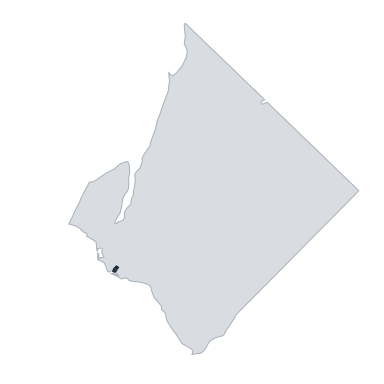 location of Riyad, Kafr ash Shaykh, Egypt, rotated 224°
{"feature_id": "37247803B2291437615199", "entity_name": "Riyad", "entity_type": "district", "adm_level": 2, "iso_a3": "EGY", "parent_name": "Egypt", "parent_adm1": "Kafr ash Shaykh", "projection": "natural_earth1", "projection_center": [30.914, 31.32], "detail": "fine", "context": "in_parent", "style": "filled", "palette": "slate", "viewbox_px": 384, "rotation_deg": 224, "n_neighbors": 0, "source": "geoboundaries", "source_scale": "gbopen_adm2", "svg_char_len": 4279}
<svg xmlns="http://www.w3.org/2000/svg" viewBox="0 0 384 384"><g transform="rotate(224 192 192)"><path d="M314.1,308.7L307.4,308.7L300.8,308.7L294.1,308.7L287.5,308.7L280.8,308.7L274.2,308.8L267.5,308.8L260.8,308.8L254.2,308.8L247.5,308.8L240.9,308.8L234.2,308.8L227.6,308.8L220.9,308.8L214.3,308.8L207.6,308.8L203.8,308.8L204.4,306.6L204.8,305.1L204.4,304.0L203.1,303.8L202.3,304.1L200.3,308.6L199.2,308.8L196.9,308.8L189.1,308.8L181.4,308.8L173.6,308.8L165.9,308.8L158.1,308.8L150.4,308.8L142.6,308.8L134.9,308.8L127.1,308.8L119.4,308.8L111.6,308.8L103.9,308.8L96.1,308.8L88.4,308.8L80.6,308.8L72.9,308.8L72.9,303.3L73.0,297.9L73.0,292.5L73.1,287.1L73.2,281.6L73.2,276.2L73.3,270.8L73.3,265.4L73.4,259.9L73.5,254.5L73.5,249.1L73.6,243.6L73.7,238.2L73.7,232.8L73.8,227.4L73.9,221.9L73.9,216.5L74.0,211.1L74.1,205.6L74.1,200.2L74.2,194.8L74.3,189.4L74.4,183.9L74.4,178.5L74.5,173.1L74.6,167.6L74.7,162.2L74.7,156.8L74.8,151.3L74.9,145.9L75.0,140.5L75.0,135.0L74.9,134.0L73.8,130.3L72.9,125.6L71.9,119.9L71.8,118.0L70.0,112.1L69.9,110.4L70.4,109.2L73.5,104.2L74.4,101.7L75.2,98.8L75.5,96.5L74.7,92.8L73.7,89.6L73.4,86.2L73.3,83.0L74.9,80.7L76.7,78.6L77.4,77.3L78.5,75.9L79.3,75.2L80.7,78.1L83.8,78.7L94.0,76.0L105.1,78.7L111.2,79.7L120.7,81.9L126.4,85.9L128.0,86.4L132.2,86.3L134.9,88.7L145.7,89.8L151.5,92.4L154.8,94.5L156.7,95.2L158.5,95.1L160.8,94.3L163.8,92.8L167.0,90.8L173.8,85.6L176.1,84.6L177.7,84.9L179.6,84.8L180.3,83.4L181.3,82.4L182.0,81.3L183.0,80.0L186.5,79.6L193.4,77.3L192.6,78.4L186.3,81.0L189.0,81.3L191.8,80.4L195.0,79.9L195.6,78.8L196.0,76.7L196.6,76.5L198.8,76.8L205.3,80.0L206.9,80.0L211.5,78.3L212.5,78.0L214.0,78.9L217.4,82.8L216.2,82.7L212.6,79.4L212.3,81.0L210.2,84.0L212.8,85.2L214.9,85.7L216.0,87.4L216.8,88.8L218.8,88.2L220.3,86.2L219.5,85.1L219.0,83.9L219.7,83.9L221.1,84.9L225.3,88.6L226.7,89.4L228.3,89.3L231.7,88.2L232.6,88.4L237.1,87.0L237.6,88.0L238.4,89.0L242.0,87.9L247.7,87.9L252.4,86.7L257.8,83.7L258.2,83.3L258.5,84.0L259.2,86.0L260.9,91.2L262.4,95.2L264.2,100.8L264.7,103.0L265.0,104.5L267.6,110.6L269.2,115.7L270.3,119.8L272.0,125.8L272.7,127.9L271.6,129.0L269.4,132.9L267.1,145.3L263.8,155.0L263.4,161.0L262.9,163.2L261.3,166.3L259.4,169.3L255.9,167.8L250.1,162.5L246.8,157.4L243.2,154.2L239.8,149.9L238.9,146.8L238.9,144.8L237.4,140.0L236.3,137.7L232.2,132.5L231.0,129.8L230.1,128.5L229.2,126.8L227.7,120.1L226.1,115.9L224.2,117.0L224.6,118.8L223.0,121.3L222.0,124.2L222.8,126.5L226.1,130.1L226.8,131.6L227.6,135.0L227.5,139.6L228.0,141.2L230.5,144.6L231.5,146.6L232.0,148.4L232.8,149.9L235.3,152.9L238.9,158.6L242.4,162.4L244.8,164.2L245.9,166.1L246.1,170.8L246.0,173.1L248.2,177.4L249.0,179.6L251.1,181.3L252.0,183.3L252.9,186.6L254.3,196.3L256.2,198.7L261.9,211.4L266.7,219.5L269.0,225.5L272.6,232.8L279.6,248.9L283.7,253.8L285.4,256.6L288.4,258.7L291.6,261.8L288.5,261.5L287.8,261.7L286.7,262.3L286.2,264.1L286.0,265.7L286.4,273.8L287.3,278.0L290.1,285.8L292.1,288.2L293.1,289.7L294.5,290.8L300.9,293.5L304.7,299.1L313.2,306.3L314.1,308.3L314.1,308.7Z" fill="#d9dde1" stroke="#a8b0b8" stroke-width="1"/><path d="M194.1,80.6L194.1,80.4L194.0,80.2L193.9,80.2L193.7,80.1L193.6,80.3L193.5,80.5L193.4,80.5L193.2,80.8L193.0,81.0L192.9,81.1L192.7,81.1L192.5,80.9L192.5,80.7L192.4,80.6L192.2,80.7L192.2,80.8L192.1,81.0L192.0,80.9L192.0,80.7L191.9,80.7L191.9,80.8L192.0,80.9L192.0,81.0L191.9,81.2L192.0,81.3L191.9,81.5L191.8,81.8L191.8,82.0L191.7,82.2L191.7,82.3L191.8,82.4L191.8,82.5L191.8,82.8L191.9,83.2L191.9,83.5L192.0,83.6L192.1,83.8L192.3,83.7L192.5,83.6L192.7,83.9L192.8,84.0L193.0,84.4L193.1,84.6L193.1,84.9L193.0,85.0L193.1,85.3L192.8,85.4L192.8,85.5L192.7,85.6L192.4,85.6L192.4,85.9L192.5,86.0L192.6,85.9L192.6,86.0L192.8,85.9L193.0,85.8L193.1,86.0L193.2,86.3L193.1,86.5L193.3,86.5L193.5,86.5L193.5,86.4L193.8,86.3L193.9,86.2L194.0,86.1L194.3,86.1L194.5,86.0L194.6,85.9L194.8,85.9L194.9,86.0L195.0,86.0L195.0,85.7L195.0,85.4L194.8,85.3L194.7,85.3L194.7,85.2L194.6,84.9L194.6,84.7L194.5,84.4L194.5,84.2L194.9,84.0L195.0,83.9L195.0,83.6L194.8,83.3L194.8,83.2L194.8,82.9L194.8,82.7L194.9,82.4L195.0,82.3L195.0,82.2L194.9,82.1L194.7,82.2L194.6,82.3L194.4,82.3L194.2,82.4L194.1,82.2L194.0,81.9L193.9,81.6L193.9,81.4L193.8,81.2L194.0,81.0L194.1,80.8L194.1,80.6L194.1,80.6Z" fill="#64748b" stroke="#1e293b" stroke-width="1.5"/></g></svg>